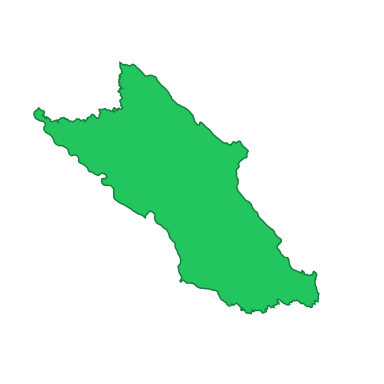 El Bagre, Antioquia, Colombia (Equal Earth projection), rotated 317°
{"feature_id": "7082276B39808247222267", "entity_name": "El Bagre", "entity_type": "district", "adm_level": 2, "iso_a3": "COL", "parent_name": "Colombia", "parent_adm1": "Antioquia", "projection": "equal_earth", "projection_center": [-74.693, 7.698], "detail": "fine", "context": "isolated", "style": "filled", "palette": "green", "viewbox_px": 384, "rotation_deg": 317, "n_neighbors": 0, "source": "geoboundaries", "source_scale": "gbopen_adm2", "svg_char_len": 5984}
<svg xmlns="http://www.w3.org/2000/svg" viewBox="0 0 384 384"><g transform="rotate(317 192 192)"><path d="M227.5,335.5L226.7,333.0L224.0,334.3L223.2,334.3L220.5,332.6L220.0,331.1L218.1,329.0L219.1,327.2L219.2,326.0L218.9,324.6L217.6,325.2L216.7,326.3L216.4,325.0L214.1,320.0L213.9,319.1L213.1,318.5L212.8,315.6L213.0,313.9L213.8,311.7L217.0,306.7L217.0,304.9L215.8,304.1L215.0,302.3L215.0,297.7L216.1,294.5L216.2,290.9L217.5,289.7L223.4,289.2L224.7,287.6L224.8,286.9L224.1,284.2L224.0,279.5L225.2,277.1L225.3,274.6L224.0,268.5L224.1,260.0L223.9,259.6L223.8,257.1L224.0,255.2L225.5,252.1L225.6,250.4L225.2,249.7L225.1,248.1L225.4,245.0L226.9,241.4L227.1,239.9L226.9,237.6L225.8,235.5L225.6,234.6L226.2,228.0L226.4,222.5L227.5,220.4L227.6,219.2L229.0,218.2L231.2,217.4L234.2,214.5L234.6,212.5L235.3,210.7L237.0,209.4L238.4,206.9L239.6,206.1L243.5,205.7L244.2,205.1L244.9,203.2L248.6,202.2L251.0,202.7L253.3,202.5L254.1,203.3L255.9,203.9L258.6,201.1L260.9,200.5L261.1,200.1L261.0,196.4L260.5,192.2L261.0,191.5L261.1,189.6L261.7,188.6L261.5,187.8L261.0,186.8L260.1,186.3L257.4,186.5L257.5,185.8L256.7,183.5L254.6,183.6L252.6,184.6L251.9,182.9L251.1,182.2L251.0,180.8L250.4,179.2L249.0,178.7L248.5,176.5L248.0,176.0L248.2,174.9L247.2,168.6L246.8,164.0L247.2,158.4L246.5,153.8L246.4,147.6L245.8,146.8L245.0,146.6L243.7,147.7L243.0,147.8L241.7,146.7L242.1,142.3L244.9,136.5L245.0,129.8L244.0,124.8L242.9,122.8L242.4,120.7L241.1,117.4L240.8,109.9L241.8,108.1L241.9,105.7L242.7,103.7L243.0,99.6L242.8,95.4L242.3,93.0L242.9,85.8L243.9,83.8L243.6,82.5L241.5,78.4L239.5,77.2L238.6,77.0L237.2,75.6L236.9,74.1L237.1,70.9L237.0,67.8L237.2,66.7L236.5,62.9L236.7,60.9L236.3,59.2L235.5,58.0L232.5,57.5L230.3,53.4L229.2,52.9L228.5,52.1L227.6,48.2L224.3,52.1L223.7,54.6L223.2,55.7L222.7,55.9L222.6,57.1L218.7,57.0L218.8,57.6L218.5,58.6L217.4,58.1L216.9,59.8L215.3,59.9L215.4,60.5L214.4,60.8L213.9,61.6L213.0,62.0L213.2,63.4L211.7,64.0L211.8,64.8L211.4,64.8L211.8,68.7L210.6,68.1L211.1,67.5L210.9,67.2L209.3,67.3L209.3,68.0L208.8,68.3L206.7,67.8L206.6,69.0L207.1,70.7L206.8,71.8L206.2,72.4L205.7,72.4L205.6,75.1L204.6,76.1L202.0,75.7L201.2,76.5L199.9,80.0L199.2,79.9L198.8,80.5L198.7,83.4L196.3,83.2L195.9,81.3L195.2,80.6L194.2,80.6L194.0,82.0L193.6,80.9L193.2,81.4L192.7,81.2L192.5,80.4L192.9,78.4L192.5,77.3L190.6,77.7L189.9,79.5L190.4,80.3L190.1,80.6L189.5,80.0L189.0,78.2L187.5,77.4L187.7,76.1L186.6,74.8L185.7,74.5L185.1,73.0L185.5,71.9L182.7,70.6L180.4,68.3L179.4,70.0L178.8,72.0L176.8,72.2L176.2,73.3L175.3,73.9L173.2,73.8L172.6,72.9L172.8,68.1L171.3,66.7L169.7,67.6L167.5,67.1L166.2,66.4L164.6,67.5L163.6,67.2L161.5,67.6L161.4,67.3L162.2,66.7L162.4,65.9L161.8,65.1L159.4,64.3L159.1,61.4L158.3,61.3L158.0,60.5L157.4,59.9L155.5,60.1L153.0,59.6L152.4,58.3L150.2,56.0L150.7,54.9L150.3,54.3L150.3,53.1L148.9,51.8L149.3,50.7L149.1,50.1L147.2,49.2L146.3,48.4L145.9,48.8L143.2,48.0L142.2,48.2L141.7,49.6L141.3,48.2L141.6,47.0L141.2,47.2L141.0,46.8L139.6,46.0L137.5,45.4L137.1,43.9L137.4,42.8L138.0,42.4L137.5,41.2L137.3,39.0L136.6,37.5L135.6,37.2L135.5,38.4L135.0,37.6L135.8,35.1L135.4,34.8L135.0,35.3L134.8,34.9L135.3,33.7L137.7,33.7L138.8,32.2L138.6,31.1L137.3,29.3L137.2,25.9L135.7,26.3L132.1,26.0L130.8,26.2L129.2,27.6L128.0,30.5L127.9,31.9L129.3,36.1L131.3,38.8L131.7,40.7L130.8,42.9L127.7,43.8L126.5,45.1L126.0,46.5L125.8,49.0L127.2,53.1L127.4,55.9L126.7,58.7L125.4,61.4L125.2,64.4L126.3,67.4L127.9,68.7L128.9,70.2L130.4,74.7L130.3,76.3L128.2,80.3L128.4,82.8L128.8,83.5L131.0,84.4L132.1,85.5L132.8,86.9L132.4,89.7L130.3,92.0L129.7,93.5L131.2,97.1L132.0,101.0L131.9,103.4L130.8,106.2L130.8,107.0L132.5,109.3L133.1,112.4L134.6,115.7L135.4,116.2L137.9,116.4L139.2,117.2L140.3,118.8L140.7,120.7L139.9,122.8L139.1,123.4L138.3,123.3L135.6,121.1L134.4,121.2L132.7,123.3L132.2,124.4L132.1,126.0L132.7,127.2L133.9,128.8L136.7,131.4L137.0,132.6L137.1,135.3L136.3,137.3L135.2,138.0L131.1,142.8L130.7,143.9L130.8,145.9L131.7,150.2L134.0,156.2L135.8,162.9L136.3,166.1L137.7,171.1L139.9,175.5L140.1,179.0L140.5,179.1L141.6,177.7L148.1,177.2L148.5,177.5L149.4,179.7L149.7,181.8L149.3,183.6L146.5,185.8L145.2,189.6L145.2,191.5L146.7,194.9L146.8,198.9L147.5,201.4L147.6,202.6L146.8,206.3L144.7,209.9L144.5,214.9L144.8,216.8L144.6,218.1L143.6,219.4L142.9,219.8L141.7,221.9L141.1,224.8L139.6,228.0L138.7,231.9L138.2,232.9L136.8,234.6L134.7,236.4L131.1,236.9L127.6,242.4L126.7,246.7L124.7,248.6L122.9,248.7L122.3,249.3L122.4,249.9L122.9,250.4L124.9,250.0L125.4,250.4L125.8,251.4L125.9,254.1L126.2,255.1L128.8,257.5L130.7,260.2L131.3,265.5L132.6,268.1L134.8,270.2L135.6,271.7L138.1,273.8L139.6,276.8L142.5,280.8L142.7,282.1L142.4,283.5L141.9,283.8L141.4,284.7L141.4,286.6L140.7,287.4L140.0,290.5L140.8,293.0L140.8,294.2L141.6,296.1L141.1,297.5L141.0,299.7L141.4,300.7L142.3,301.3L143.5,301.5L144.7,301.1L144.7,302.4L145.1,303.2L148.6,303.4L149.1,306.5L148.9,309.1L149.7,311.6L149.4,312.2L148.8,312.4L147.7,311.0L147.3,311.8L148.2,313.2L149.3,313.3L150.0,313.8L150.0,314.5L149.2,316.1L149.5,318.0L151.4,319.6L152.1,321.2L153.4,320.5L154.5,320.4L155.3,319.5L155.7,319.4L155.3,320.8L155.4,321.4L156.3,321.8L157.6,321.5L159.2,323.6L161.1,324.8L161.3,325.5L161.0,328.2L161.2,328.8L164.8,330.1L165.4,329.4L165.4,327.7L167.3,329.0L168.5,328.2L169.5,326.7L170.9,327.9L171.0,330.4L172.6,331.0L173.3,332.3L173.9,330.7L174.5,330.7L176.7,332.0L178.7,332.0L179.2,333.1L180.3,332.0L180.1,330.1L180.3,329.0L181.9,329.3L182.5,330.6L183.3,336.5L183.9,337.2L184.3,338.8L185.4,340.3L186.3,340.3L186.8,340.9L187.3,339.9L188.3,339.5L189.8,340.8L190.7,340.2L191.7,340.1L192.9,341.7L193.9,342.3L194.7,342.1L195.7,345.2L195.6,348.0L197.4,349.0L197.9,353.9L199.7,355.4L200.1,357.5L201.1,358.0L202.4,357.6L203.5,356.0L204.9,356.8L205.4,358.0L207.7,355.2L208.1,355.5L208.2,356.7L209.4,358.1L209.9,357.2L211.4,356.5L212.9,354.7L215.6,352.6L215.3,351.3L215.8,349.7L216.8,348.4L217.2,347.1L218.0,346.6L218.2,345.0L220.0,342.0L222.3,340.2L223.4,340.1L223.7,339.2L226.6,337.8L227.5,335.5Z" fill="#22c55e" stroke="#15803d" stroke-width="1.5"/></g></svg>